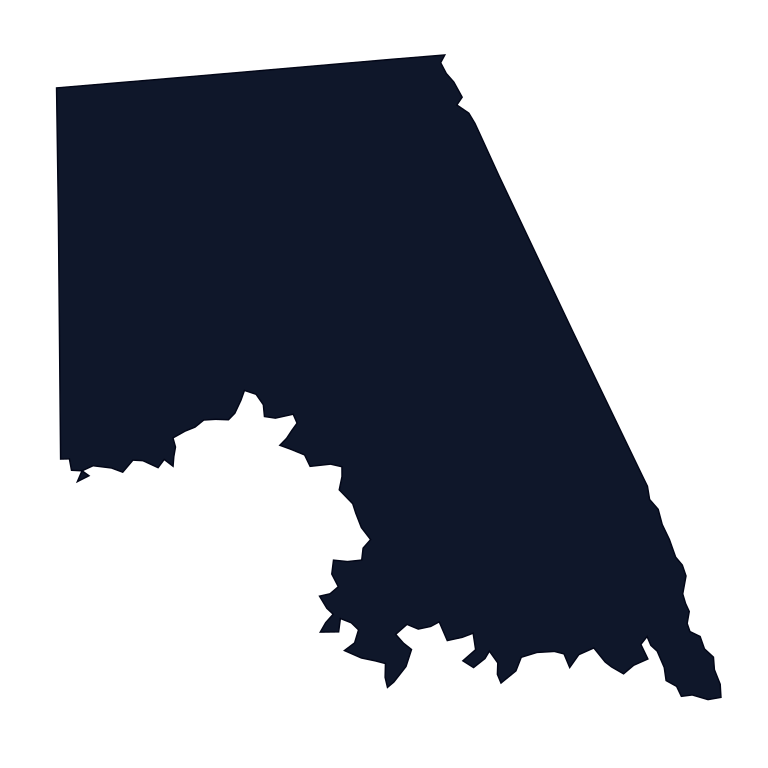 Vera Cruz do Oeste, Paraná, Brazil (Albers equal-area conic projection), rotated 178°
{"feature_id": "56859067B99873353532252", "entity_name": "Vera Cruz do Oeste", "entity_type": "district", "adm_level": 2, "iso_a3": "BRA", "parent_name": "Brazil", "parent_adm1": "Paraná", "projection": "albers", "projection_center": [-53.935, -24.996], "detail": "fine", "context": "isolated", "style": "filled", "palette": "ink", "viewbox_px": 768, "rotation_deg": 178, "n_neighbors": 0, "source": "geoboundaries", "source_scale": "gbopen_adm2", "svg_char_len": 1921}
<svg xmlns="http://www.w3.org/2000/svg" viewBox="0 0 768 768"><g transform="rotate(178 384 384)"><path d="M709.8,320.3L701.0,320.2L699.3,308.7L688.8,307.8L677.6,312.5L659.3,309.6L648.2,305.0L637.6,316.7L627.6,315.8L612.7,308.3L606.3,316.3L597.7,309.2L596.6,318.8L594.6,328.3L596.8,337.5L584.6,343.8L574.4,347.5L565.4,354.3L553.6,354.6L540.7,353.7L534.1,360.0L527.5,372.9L523.7,382.5L512.2,378.2L505.3,367.5L504.6,355.7L493.7,353.7L475.8,357.0L472.2,347.9L477.5,341.1L483.2,333.1L490.2,326.4L480.5,322.5L465.8,315.9L460.7,304.3L440.2,305.8L428.9,302.8L429.2,292.9L432.4,279.8L419.4,265.4L416.7,255.9L411.6,241.3L402.8,229.0L410.6,220.7L412.4,208.8L426.7,207.8L440.6,209.7L442.8,195.9L436.7,183.0L445.3,176.2L455.8,174.2L448.9,161.8L442.8,155.7L450.6,147.5L456.3,138.3L438.0,137.9L435.8,151.2L425.0,146.5L418.0,139.2L422.4,126.3L432.8,119.0L416.2,111.0L402.3,107.6L392.3,104.6L393.1,90.8L391.1,80.7L384.5,85.9L371.9,100.9L365.8,117.7L373.6,124.3L381.1,133.4L369.4,143.0L358.3,137.9L345.8,140.1L337.1,144.4L329.7,125.4L314.4,128.2L303.6,131.9L301.7,115.3L314.8,104.6L304.4,97.5L292.7,106.1L288.0,113.4L280.0,101.3L280.8,89.9L277.5,81.1L262.2,92.7L256.4,106.1L240.5,110.4L223.0,110.8L213.5,108.0L208.3,94.2L198.8,106.7L183.5,112.9L172.7,98.5L166.4,93.3L154.7,86.0L144.3,94.2L129.9,100.0L136.4,114.8L129.9,122.5L126.4,113.5L120.3,107.5L113.8,90.9L112.4,77.8L102.1,71.6L97.7,61.5L86.8,62.5L71.2,57.3L58.2,59.1L58.5,72.2L63.8,87.0L64.3,99.5L73.0,108.1L76.9,120.6L86.9,125.9L89.4,134.1L86.9,146.0L90.3,154.1L92.8,163.8L88.9,181.6L92.2,192.6L98.6,200.8L104.2,218.6L110.9,233.9L114.4,249.2L122.6,259.3L124.3,272.6L127.8,280.4L194.0,430.9L261.8,587.9L279.3,630.0L284.0,641.2L289.8,651.7L301.5,660.3L295.9,667.9L303.7,683.3L310.9,692.1L316.2,703.1L311.8,710.7L363.3,708.3L570.8,697.7L700.9,691.3L703.5,564.9L709.8,320.3ZM688.8,307.8L693.8,297.2L682.1,302.6L688.8,307.8Z" fill="#0f172a" stroke="#020617" stroke-width="1.5"/></g></svg>